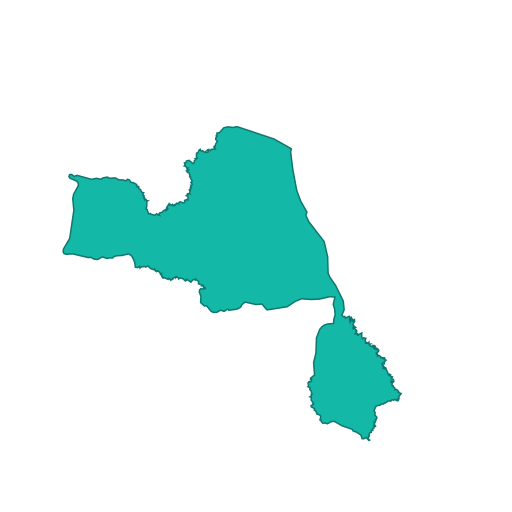 Nikhom Nam Un, Sakon Nakhon, Thailand, rotated 35°
{"feature_id": "78962969B87350252424765", "entity_name": "Nikhom Nam Un", "entity_type": "district", "adm_level": 2, "iso_a3": "THA", "parent_name": "Thailand", "parent_adm1": "Sakon Nakhon", "projection": "orthographic", "projection_center": [103.748, 17.175], "detail": "fine", "context": "isolated", "style": "filled", "palette": "teal", "viewbox_px": 512, "rotation_deg": 35, "n_neighbors": 0, "source": "geoboundaries", "source_scale": "gbopen_adm2", "svg_char_len": 6146}
<svg xmlns="http://www.w3.org/2000/svg" viewBox="0 0 512 512"><g transform="rotate(35 256 256)"><path d="M453.6,289.4L453.8,285.4L450.7,286.1L450.5,285.1L447.8,284.7L446.6,285.8L445.4,284.4L443.4,284.5L442.7,283.6L441.6,284.1L440.3,281.6L439.2,282.2L438.4,280.9L440.9,280.4L440.9,279.7L439.3,278.4L437.1,278.8L437.2,276.8L433.7,277.5L433.2,277.2L434.0,276.2L433.0,276.2L432.6,277.2L426.3,273.2L425.4,273.5L426.3,274.2L426.1,274.8L424.5,275.1L424.2,273.3L422.9,273.6L422.6,272.1L421.5,272.5L420.9,271.9L421.6,270.2L422.7,270.4L421.9,268.8L422.3,266.8L419.5,267.0L420.4,266.3L419.7,265.7L416.3,267.8L415.8,266.8L414.0,266.9L412.9,268.4L412.2,266.9L411.2,267.4L411.1,266.5L410.1,266.4L411.1,264.2L410.8,262.9L408.9,262.3L409.0,263.4L407.7,262.6L407.0,263.9L405.5,264.1L405.0,263.2L406.0,263.3L406.1,262.1L404.6,261.3L402.7,262.5L403.0,263.1L403.8,262.8L403.6,263.4L401.1,264.4L399.9,263.2L400.2,262.5L398.8,263.3L397.9,261.9L397.7,263.1L396.5,263.3L396.8,264.0L395.9,264.6L393.9,262.6L393.2,260.4L391.1,261.3L390.7,262.7L389.1,261.9L386.8,258.3L384.7,262.6L383.6,261.2L382.0,262.8L382.0,261.2L381.1,260.5L381.6,259.6L380.0,259.0L378.0,259.0L377.5,259.9L376.5,259.3L376.5,257.8L377.8,258.2L378.5,257.4L374.7,256.9L374.3,253.4L372.8,253.9L373.8,252.5L373.0,251.6L371.5,253.8L371.4,252.7L369.5,251.8L371.0,256.2L368.9,254.3L368.3,252.3L366.9,251.9L364.8,255.6L363.3,254.6L362.5,255.5L360.3,255.3L359.1,249.6L353.4,242.9L338.2,234.5L328.7,231.0L324.9,228.7L315.2,215.6L303.5,205.1L279.5,197.6L273.5,194.1L272.5,190.8L261.3,185.5L251.7,178.9L236.4,163.9L224.6,150.8L223.4,147.9L203.7,149.8L167.3,160.6L165.4,161.6L163.9,163.6L158.9,166.3L156.1,169.4L155.3,175.9L153.5,177.8L154.6,179.0L154.3,180.0L155.6,180.8L155.1,181.4L155.9,183.5L158.7,184.4L158.7,187.4L159.5,189.5L159.0,190.0L159.8,190.5L159.2,191.0L161.3,191.8L158.1,194.3L158.2,195.8L156.6,196.3L156.2,195.8L155.5,196.6L155.4,197.4L155.9,196.9L157.3,198.1L155.9,199.7L154.8,199.4L154.5,200.6L151.8,200.3L151.3,201.3L150.2,201.5L149.2,200.6L148.6,201.7L149.3,205.1L148.3,205.8L150.2,208.8L151.8,209.5L150.3,211.2L151.5,211.5L150.9,213.2L151.8,215.6L151.4,216.2L152.0,216.5L146.3,216.0L144.5,218.1L145.0,219.3L144.0,220.9L145.8,222.2L145.6,223.4L146.9,222.8L148.9,223.7L149.9,223.0L149.9,224.4L151.3,224.1L150.2,226.2L152.1,226.8L153.0,226.1L155.3,227.6L156.1,229.0L157.0,228.8L157.3,229.6L160.2,230.9L160.9,232.0L160.5,233.2L162.2,233.6L162.8,234.5L162.0,235.4L162.6,235.6L162.9,237.4L163.9,237.3L163.4,240.0L164.2,240.5L164.6,240.0L165.5,242.9L166.3,243.1L164.2,244.2L164.7,245.0L164.3,246.6L166.1,246.1L168.1,249.1L167.1,249.1L165.7,251.3L166.6,251.5L166.5,254.0L162.7,255.1L162.1,257.2L162.7,257.6L160.6,258.4L160.5,261.3L159.6,261.0L159.2,262.3L158.2,261.8L158.3,262.7L156.1,262.9L156.0,263.7L154.8,263.0L155.0,267.5L156.8,267.9L156.5,269.5L155.6,269.2L156.0,270.5L155.3,270.1L154.3,271.6L154.0,274.1L152.4,275.9L152.4,277.3L153.2,277.8L152.5,277.8L152.4,278.5L150.3,278.4L149.8,280.6L146.0,282.1L145.2,281.7L143.8,283.1L139.9,280.2L138.6,280.5L138.2,278.2L135.2,273.8L135.7,272.8L134.5,273.3L133.1,272.7L132.6,273.8L132.2,273.0L131.1,273.1L131.0,272.0L129.8,271.7L129.8,270.9L128.1,271.0L127.8,268.6L125.6,269.3L123.4,267.9L121.3,268.0L120.1,266.4L119.3,267.4L118.1,267.3L118.0,266.3L117.0,265.9L113.3,266.3L111.4,267.4L108.7,266.3L106.7,266.9L106.4,269.1L103.4,269.9L100.1,272.3L95.9,272.7L91.7,276.2L88.8,276.7L85.6,280.1L85.1,282.0L80.8,283.8L77.2,287.6L63.3,292.5L61.3,295.1L58.3,294.9L56.7,296.1L57.0,298.0L58.7,299.0L66.3,297.5L68.6,298.3L70.1,300.2L71.2,310.1L73.0,314.1L80.6,323.1L93.3,348.4L94.3,360.9L95.7,363.3L97.4,364.1L99.5,363.5L104.6,359.4L119.3,353.6L121.7,351.8L125.2,351.4L128.3,349.7L130.7,344.8L135.7,343.4L136.7,341.8L139.7,339.9L140.0,337.9L141.9,335.6L145.9,332.5L150.5,327.2L154.2,327.3L156.0,328.1L160.3,330.8L163.6,334.4L165.7,333.4L166.5,331.2L167.9,332.4L168.1,331.0L170.8,328.4L172.0,328.4L173.3,326.1L177.0,326.8L180.3,325.8L180.2,324.8L182.3,326.0L183.4,324.8L183.8,325.4L184.1,324.6L186.0,324.5L188.2,325.6L188.5,324.9L188.8,325.9L190.0,325.7L190.7,326.9L192.6,327.4L192.6,326.5L196.8,325.7L197.2,324.7L198.1,325.1L198.3,324.1L199.5,324.0L200.1,324.7L201.2,322.2L200.7,321.8L202.2,319.2L202.8,319.8L202.8,318.5L204.7,318.4L205.7,319.2L206.6,317.3L209.3,316.5L211.9,316.9L212.2,315.5L212.8,316.3L213.4,314.7L217.7,314.8L217.9,312.0L218.8,310.6L220.2,310.5L219.8,309.6L223.8,309.8L224.7,311.8L228.6,310.8L228.7,311.5L229.7,310.4L230.5,311.4L232.0,311.1L231.6,312.2L232.8,312.1L230.9,314.1L229.6,314.2L229.2,316.1L230.2,318.0L234.1,320.7L237.3,325.9L242.4,326.6L243.3,325.6L244.8,325.3L251.0,327.1L253.3,326.7L256.2,324.6L258.1,320.7L261.6,319.7L263.4,315.6L265.0,316.0L270.9,310.4L272.8,306.7L272.3,304.4L273.4,300.0L283.8,295.8L288.5,291.9L295.3,293.8L296.3,293.5L310.7,279.6L314.2,270.6L317.8,265.0L326.2,259.9L332.7,254.9L339.9,246.9L344.2,244.4L347.1,251.5L350.5,254.0L354.5,258.7L356.0,263.1L358.2,266.8L353.7,270.6L351.5,273.5L350.6,276.3L350.3,279.6L352.5,288.4L360.8,301.2L364.4,310.4L372.2,319.9L370.8,324.6L371.4,325.8L372.3,325.1L373.1,327.4L372.2,327.8L372.2,329.3L371.9,328.6L371.3,328.9L371.4,330.1L373.9,332.7L373.6,333.3L375.9,332.8L376.6,334.5L378.3,334.8L381.2,337.2L380.7,337.7L381.6,339.1L381.0,340.4L382.5,340.0L383.7,342.3L387.6,343.7L388.1,344.6L387.4,344.8L387.6,346.4L386.9,347.0L387.9,347.9L391.5,347.4L392.2,348.9L394.3,348.8L396.4,350.5L399.7,349.7L401.2,350.3L402.4,353.6L403.5,353.1L404.3,354.2L406.7,354.7L408.6,353.0L410.6,352.6L413.1,347.9L415.3,346.5L424.1,345.7L434.0,342.8L435.9,343.6L439.6,342.6L444.7,342.5L447.7,344.8L449.0,344.0L450.4,341.4L454.1,342.4L455.2,341.2L454.2,341.8L452.4,341.1L452.0,338.1L451.0,337.8L450.6,335.7L451.6,334.2L450.5,332.6L451.7,331.9L450.7,330.7L451.3,329.4L450.3,327.7L451.1,327.9L451.6,326.9L449.1,325.9L449.0,324.4L448.2,324.2L448.9,323.7L448.7,322.3L447.7,321.5L448.2,320.6L447.6,318.8L444.4,317.9L443.4,315.9L441.4,315.0L440.6,310.8L440.6,309.6L443.2,307.0L443.7,305.1L445.1,304.4L447.9,298.4L449.6,297.7L449.9,295.6L451.4,295.3L451.9,293.8L453.7,294.0L453.8,292.4L454.8,292.9L454.5,292.2L455.3,292.3L454.8,290.4L453.6,289.4Z" fill="#14b8a6" stroke="#0f766e" stroke-width="1.5"/></g></svg>